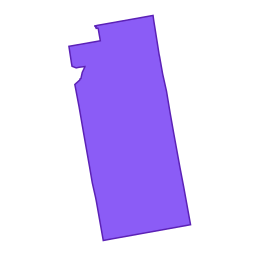 Santa Fe, New Mexico, United States of America, rotated 350°
{"feature_id": "52423323B7910284098796", "entity_name": "Santa Fe", "entity_type": "district", "adm_level": 2, "iso_a3": "USA", "parent_name": "United States of America", "parent_adm1": "New Mexico", "projection": "equal_earth", "projection_center": [-106.034, 35.521], "detail": "fine", "context": "isolated", "style": "filled", "palette": "violet", "viewbox_px": 256, "rotation_deg": 350, "n_neighbors": 0, "source": "geoboundaries", "source_scale": "gbopen_adm2", "svg_char_len": 693}
<svg xmlns="http://www.w3.org/2000/svg" viewBox="0 0 256 256"><g transform="rotate(350 128 128)"><path d="M172.8,234.1L172.6,195.5L172.3,175.9L172.1,140.4L172.1,120.7L172.3,98.4L171.5,80.8L171.5,67.2L171.5,63.5L171.4,61.1L171.6,50.5L172.0,26.7L172.2,21.5L130.9,21.6L127.0,21.6L116.5,21.6L113.1,21.7L113.1,22.2L114.1,22.8L113.7,23.2L114.0,24.4L115.6,24.4L115.9,25.1L115.9,37.3L84.0,37.3L83.6,53.9L83.6,57.5L87.4,59.8L90.7,59.7L96.2,60.0L96.0,60.5L92.6,65.3L90.2,71.1L89.3,71.3L88.9,72.3L83.2,75.9L83.5,98.7L83.4,125.8L83.4,131.2L83.4,145.1L83.4,159.6L83.3,175.8L84.0,190.4L84.1,195.5L84.1,234.5L92.4,234.4L120.0,234.3L172.8,234.1Z" fill="#8b5cf6" stroke="#5b21b6" stroke-width="1.5"/></g></svg>